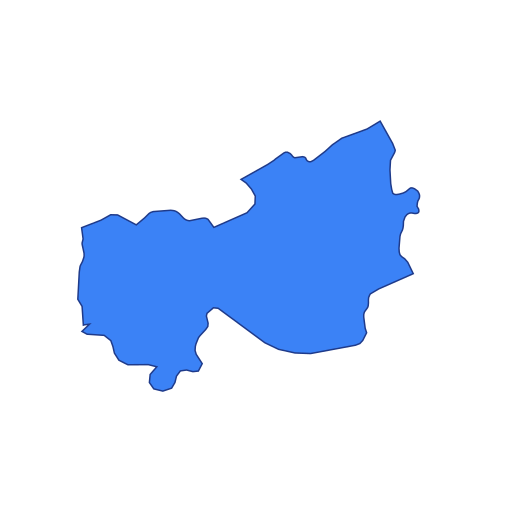 map outline of Santa Ana (orthographic projection), rotated 230°
{"feature_id": "SLV-1358", "entity_name": "Santa Ana", "entity_type": "Department", "adm_level": 1, "iso_a3": "SLV", "parent_name": "El Salvador", "parent_adm1": "", "projection": "orthographic", "projection_center": [-89.512, 14.11], "detail": "fine", "context": "isolated", "style": "filled", "palette": "blue", "viewbox_px": 512, "rotation_deg": 230, "n_neighbors": 0, "source": "natural_earth", "source_scale": "10m", "svg_char_len": 2420}
<svg xmlns="http://www.w3.org/2000/svg" viewBox="0 0 512 512"><g transform="rotate(230 256 256)"><path d="M126.1,291.4L122.7,283.5L122.2,279.3L123.7,274.9L146.2,235.1L156.7,223.5L170.0,213.3L183.9,207.0L240.3,193.4L243.7,190.1L243.6,181.6L241.9,179.4L235.3,176.1L233.0,173.8L232.0,170.2L231.0,162.0L230.4,159.4L227.3,153.6L225.8,151.5L222.8,148.6L219.1,147.0L208.1,145.6L204.9,137.9L208.0,133.3L213.3,129.5L216.6,124.2L215.1,117.9L211.2,112.6L209.0,106.4L212.4,97.8L219.9,92.3L227.6,93.0L233.3,98.8L234.9,108.8L242.0,103.7L255.0,88.0L258.6,86.4L264.3,84.0L272.6,85.1L278.6,88.2L284.5,90.4L292.8,88.7L304.7,76.3L310.1,74.2L310.8,84.7L313.5,80.5L314.0,79.3L329.2,90.4L329.3,90.4L337.4,91.7L357.4,110.4L360.9,114.3L361.6,115.4L363.3,119.5L365.7,123.4L366.8,124.6L368.7,126.1L376.5,130.2L377.7,131.1L380.2,134.5L389.8,140.6L383.1,160.2L381.0,171.2L376.4,176.4L356.8,184.3L356.8,195.2L357.3,201.2L357.1,203.2L356.1,205.8L345.9,220.0L344.0,221.8L343.0,222.6L341.8,223.3L340.5,223.8L339.0,224.2L337.4,224.5L332.0,224.8L330.6,225.0L329.2,225.4L327.9,226.0L326.9,226.7L325.8,227.6L319.7,238.8L318.4,240.6L317.4,241.6L316.2,242.3L314.9,242.8L305.0,242.1L294.9,276.9L296.5,288.6L302.4,294.0L310.2,295.5L318.1,295.4L324.3,293.8L318.6,323.8L317.7,331.6L317.8,333.3L317.0,343.7L316.5,345.4L315.3,346.8L312.6,348.0L310.6,348.2L308.9,348.1L307.4,348.3L306.3,348.9L302.1,355.6L300.4,356.8L298.9,357.0L297.6,356.5L296.2,356.4L294.9,356.8L293.8,357.5L293.0,358.6L292.3,361.6L291.7,376.1L292.1,385.9L291.1,397.4L281.9,422.7L279.5,437.8L254.4,433.0L247.6,430.7L246.8,429.7L246.1,428.5L242.9,420.6L235.9,414.0L224.8,405.7L219.7,402.7L216.1,401.1L214.7,401.5L213.6,402.2L212.7,403.2L211.3,405.5L209.6,409.3L208.9,412.3L208.9,417.2L208.6,418.5L207.4,419.7L205.5,420.7L201.7,421.6L199.2,421.1L197.5,420.4L196.4,419.5L195.5,418.5L194.8,417.2L194.2,415.5L193.0,413.8L190.6,411.3L187.3,410.7L185.6,409.6L184.9,408.4L185.1,407.1L185.7,405.9L186.6,404.8L188.7,403.1L189.5,402.2L190.2,401.0L190.6,399.5L190.7,398.0L190.1,395.2L187.8,391.3L184.6,388.4L182.9,386.5L181.8,384.9L180.1,381.1L178.5,378.9L170.0,370.5L167.0,368.3L164.5,367.1L162.8,367.1L161.2,367.3L158.4,368.1L153.6,368.2L141.4,365.1L151.9,328.9L153.5,319.2L153.0,317.9L151.9,315.8L151.8,315.6L149.9,313.7L147.8,312.0L145.9,310.1L145.1,309.0L144.6,307.7L143.5,303.3L142.8,302.1L141.9,300.9L140.0,299.3L130.5,293.2L126.1,291.4Z" fill="#3b82f6" stroke="#1e3a8a" stroke-width="1.5"/></g></svg>